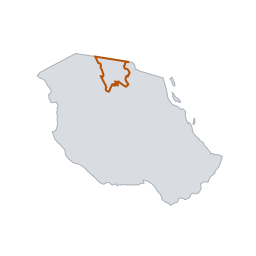 Arusha on a map of United Republic of Tanzania (Equal Earth projection), rotated 332°
{"feature_id": "TZA-3391", "entity_name": "Arusha", "entity_type": "Region", "adm_level": 1, "iso_a3": "TZA", "parent_name": "United Republic of Tanzania", "parent_adm1": "", "projection": "equal_earth", "projection_center": [35.974, -2.918], "detail": "fine", "context": "in_parent", "style": "outline", "palette": "amber", "viewbox_px": 256, "rotation_deg": 332, "n_neighbors": 0, "source": "natural_earth", "source_scale": "10m", "svg_char_len": 5165}
<svg xmlns="http://www.w3.org/2000/svg" viewBox="0 0 256 256"><g transform="rotate(332 128 128)"><path d="M103.6,179.7L101.5,178.3L99.7,177.4L98.2,176.4L97.5,175.5L96.1,175.1L94.8,175.0L93.7,174.1L91.3,173.8L91.1,173.2L91.0,171.9L90.6,171.5L89.8,171.2L88.9,171.2L88.3,171.4L88.0,171.3L87.2,170.5L86.5,169.6L86.2,168.0L85.1,167.0L83.9,166.2L80.5,166.3L79.9,166.1L79.1,165.3L78.2,164.0L77.4,162.5L76.7,160.5L76.0,157.8L72.0,146.9L71.6,144.8L70.8,142.6L69.5,139.8L68.2,137.7L66.4,135.8L64.3,133.9L63.2,132.7L61.1,127.5L60.6,125.1L60.3,122.7L60.4,121.7L61.7,118.5L61.8,117.6L61.7,116.3L61.0,113.8L60.2,110.7L58.5,105.0L58.2,103.6L58.3,102.6L59.2,96.8L59.2,96.0L63.2,96.1L66.0,93.6L68.5,89.9L69.0,88.3L70.1,85.9L71.1,84.7L71.4,83.9L72.0,81.5L73.3,79.8L74.6,78.6L74.3,77.7L74.5,77.4L75.2,76.7L76.6,76.1L76.9,74.9L76.8,73.5L76.6,72.7L76.7,71.7L76.5,71.2L75.6,71.1L74.2,70.4L73.1,70.1L72.4,69.7L72.1,69.4L72.0,68.5L72.6,66.3L72.0,65.4L73.3,61.8L73.6,61.3L74.1,61.3L74.9,60.9L75.6,60.7L76.2,60.8L76.7,60.7L77.0,60.3L77.4,59.0L77.6,57.0L77.5,55.3L76.9,54.0L76.8,52.0L77.0,49.4L76.8,47.1L76.2,45.4L75.5,44.3L74.6,43.8L73.0,41.1L72.5,39.8L72.6,39.0L73.1,38.7L74.1,38.8L75.1,38.5L75.9,37.7L76.8,37.5L77.2,37.6L116.7,37.6L162.7,72.3L162.9,72.7L163.3,75.7L163.2,76.7L162.5,78.4L162.3,79.3L162.3,79.9L162.5,80.1L163.1,80.2L163.6,80.6L163.8,81.0L164.2,82.3L164.7,82.9L182.1,99.9L182.5,100.1L182.3,101.6L181.3,105.0L181.2,106.4L180.8,108.1L180.5,109.3L179.4,114.1L178.6,115.9L177.4,120.2L177.3,123.4L177.9,125.7L178.1,127.8L179.5,129.9L180.5,130.7L181.3,131.6L182.5,133.8L183.3,136.0L185.6,137.1L186.5,139.5L186.2,141.2L185.1,142.6L184.1,144.9L183.3,147.9L183.2,152.4L183.8,151.7L185.0,152.8L185.1,156.2L183.9,160.1L183.5,161.9L183.4,163.5L184.3,168.1L185.7,170.5L185.6,171.3L185.2,171.9L187.6,176.1L187.4,179.7L188.3,182.6L188.6,185.0L189.2,186.9L189.3,188.2L188.6,189.7L190.3,190.0L191.3,191.2L191.8,192.4L193.0,192.3L193.7,193.1L194.7,193.7L196.8,195.6L197.4,196.6L197.8,197.5L191.8,203.5L189.7,205.0L188.1,205.7L186.5,206.1L184.9,207.0L183.5,208.5L181.6,209.3L179.3,209.3L176.9,210.3L173.1,213.4L170.9,211.7L169.2,211.1L167.2,211.2L166.0,211.4L165.6,211.8L165.2,212.8L164.9,214.6L163.6,216.2L161.3,217.8L159.2,218.4L157.2,218.0L155.9,217.3L155.3,216.4L154.3,216.0L152.9,216.0L151.7,216.7L150.5,217.9L148.5,218.5L145.9,218.3L144.4,217.7L144.3,216.7L143.1,215.5L141.0,214.1L139.4,214.1L138.4,215.4L137.5,216.2L136.6,216.6L135.9,216.6L134.8,216.2L131.9,216.1L129.1,216.2L128.8,214.2L128.2,213.1L127.7,212.4L126.8,212.2L126.5,211.7L126.2,210.5L125.7,209.4L125.1,208.6L124.7,207.8L124.6,207.1L124.7,206.3L125.3,204.3L125.4,203.0L125.4,201.6L125.1,200.2L124.4,198.5L124.5,198.0L124.2,196.9L124.2,196.1L124.3,195.0L124.2,193.7L123.6,190.9L123.6,190.2L123.0,188.8L121.2,185.6L121.1,185.2L118.2,181.9L117.0,181.2L116.6,181.8L116.4,182.4L116.6,183.4L116.5,183.9L116.4,184.2L115.7,184.1L115.3,184.0L114.2,183.1L113.3,182.9L111.2,183.1L110.4,183.3L109.8,183.1L108.7,181.6L107.4,181.3L106.2,181.2L104.2,179.5L103.6,179.7ZM185.9,125.2L186.9,128.8L186.8,129.5L186.1,129.9L185.7,129.9L185.3,129.3L185.0,128.1L184.5,128.4L183.6,127.0L182.7,126.9L182.0,125.2L182.3,123.6L182.1,121.1L183.1,119.8L183.6,117.5L184.2,119.1L184.3,121.4L185.1,124.2L185.9,125.2ZM190.6,103.7L190.7,104.6L190.5,105.4L190.5,108.0L190.4,109.7L189.7,112.0L189.1,112.8L188.6,112.6L188.2,112.2L187.8,111.6L188.5,107.3L188.2,104.1L189.5,104.4L190.6,103.7ZM188.5,155.6L187.9,155.8L187.6,155.6L187.2,154.9L187.9,154.3L188.6,153.2L190.2,151.5L191.0,150.1L190.9,151.4L190.0,154.3L189.2,154.5L188.5,155.6Z" fill="#d9dde1" stroke="#a8b0b8" stroke-width="1"/><path d="M132.6,49.6L134.7,51.2L137.4,53.2L140.1,55.2L142.8,57.3L145.5,59.3L148.2,61.3L150.9,63.4L153.6,65.4L156.3,67.4L159.0,69.5L160.0,70.2L159.4,70.0L158.4,69.4L158.0,69.1L157.5,69.0L157.3,69.1L157.0,69.0L156.4,69.1L155.8,69.6L155.1,70.4L154.8,70.9L154.3,71.1L153.5,71.4L153.2,72.6L153.2,73.4L153.3,74.2L153.6,74.6L154.1,74.8L154.9,75.6L155.4,76.7L155.4,79.8L155.0,80.0L154.6,80.4L154.3,80.8L154.1,81.2L153.1,81.2L152.8,81.7L152.5,82.2L152.1,82.4L151.9,81.8L151.6,81.6L151.4,81.5L150.5,81.6L150.4,81.7L150.4,81.9L150.3,82.1L150.1,82.3L149.8,82.6L149.5,82.6L149.3,82.8L148.6,84.1L148.4,84.8L148.5,86.7L148.8,88.8L148.7,89.8L148.4,89.8L148.0,89.8L147.7,89.9L147.1,90.0L146.5,90.2L146.4,90.5L145.8,90.6L145.2,90.3L142.3,84.7L141.7,83.2L141.3,82.4L140.6,82.7L140.0,83.8L139.5,84.3L139.2,84.9L139.2,85.4L138.9,85.5L138.6,84.4L138.7,83.1L139.0,81.9L138.9,81.1L138.5,81.0L138.5,82.2L138.2,82.8L136.7,83.4L136.8,84.0L136.6,84.5L136.0,84.4L135.6,83.8L135.9,83.3L136.2,82.8L135.8,82.5L135.3,82.4L134.8,82.1L134.3,82.1L133.4,83.2L132.9,83.4L132.5,83.8L132.1,84.0L131.8,84.0L130.6,85.0L130.4,85.2L130.4,85.4L130.2,85.7L129.5,86.0L129.1,86.3L128.6,86.6L128.1,86.9L127.3,86.0L126.5,85.1L126.4,84.4L126.4,83.7L126.7,83.1L127.2,82.6L127.2,82.3L127.3,82.1L127.5,81.9L127.8,82.0L128.2,81.6L128.3,69.5L128.7,69.6L129.2,70.1L129.5,70.7L129.9,70.9L130.2,70.8L130.4,70.5L131.0,70.1L131.4,69.3L132.2,64.4L132.1,62.8L132.6,60.8L132.9,60.6L133.3,60.5L133.6,59.6L133.8,58.6L133.6,57.7L132.9,57.4L132.4,57.0L132.3,56.3L132.6,49.6L132.6,49.6Z" fill="none" stroke="#b45309" stroke-width="2"/></g></svg>